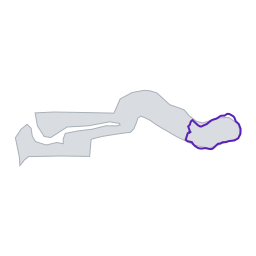 Upper River highlighted on a map of Gambia
{"feature_id": "GMB-2152", "entity_name": "Upper River", "entity_type": "Division", "adm_level": 1, "iso_a3": "GMB", "parent_name": "Gambia", "parent_adm1": "", "projection": "equal_earth", "projection_center": [-14.24, 13.404], "detail": "coarse", "context": "in_parent", "style": "outline", "palette": "violet", "viewbox_px": 256, "rotation_deg": 0, "n_neighbors": 0, "source": "natural_earth", "source_scale": "10m", "svg_char_len": 1628}
<svg xmlns="http://www.w3.org/2000/svg" viewBox="0 0 256 256"><path d="M35.1,112.9L54.1,112.0L77.1,112.4L102.2,112.9L114.0,113.1L120.2,98.9L132.0,92.6L144.1,90.3L150.3,90.9L157.0,93.0L169.7,104.7L177.6,107.4L184.3,110.0L189.1,115.7L196.7,121.4L202.7,122.9L206.2,122.0L212.1,119.9L216.0,118.1L228.7,117.4L238.1,123.9L240.0,131.0L238.5,138.4L225.9,142.3L208.6,148.4L194.2,145.0L176.7,136.7L166.5,130.7L162.2,128.3L155.9,124.5L150.3,120.4L144.9,117.8L140.8,116.1L137.8,118.2L136.2,123.3L133.8,128.9L130.7,132.2L116.0,134.2L102.9,136.3L95.8,138.0L91.1,139.4L89.6,156.4L74.6,156.2L60.0,156.0L44.8,156.3L28.5,156.6L24.3,160.1L19.9,165.7L19.4,157.2L15.4,137.8L21.0,129.3L27.1,124.3L31.1,128.3L32.3,136.2L35.5,141.6L46.2,145.0L56.8,142.5L63.3,143.7L63.1,139.3L65.3,133.4L78.2,130.9L91.8,129.3L105.8,125.8L116.8,125.9L120.1,124.9L119.3,123.4L109.5,121.8L88.5,125.8L67.1,127.0L50.8,137.5L44.2,136.5L37.5,126.0L35.1,112.9Z" fill="#d9dde1" stroke="#a8b0b8" stroke-width="1"/><path d="M192.4,120.1L197.9,125.2L199.7,126.3L201.0,126.6L206.7,124.1L210.9,120.7L212.3,119.9L216.6,118.6L220.1,116.2L221.6,115.7L224.5,115.7L226.9,114.0L227.9,113.8L229.5,114.1L233.2,116.2L234.4,117.6L235.7,121.2L238.8,124.1L240.6,128.9L240.4,134.0L238.2,138.3L234.5,140.4L228.9,141.1L225.8,142.1L222.8,142.2L219.6,143.7L218.3,143.7L217.2,144.4L213.6,147.9L211.9,149.0L209.8,149.1L205.7,148.1L201.4,148.6L199.4,148.4L197.5,147.7L194.7,145.8L193.2,144.2L191.8,142.1L187.4,141.2L185.7,139.6L187.7,133.4L188.7,132.4L189.4,132.8L190.4,132.0L190.0,131.6L188.2,126.4L189.8,124.8L190.6,122.1L191.3,121.0L192.4,120.1Z" fill="none" stroke="#5b21b6" stroke-width="2"/></svg>